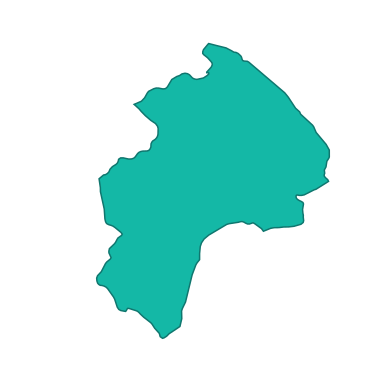 outline of Fukushima, rotated 313°
{"feature_id": "JPN-1864", "entity_name": "Fukushima", "entity_type": "Prefecture", "adm_level": 1, "iso_a3": "JPN", "parent_name": "Japan", "parent_adm1": "", "projection": "robinson", "projection_center": [140.15, 37.378], "detail": "fine", "context": "isolated", "style": "filled", "palette": "teal", "viewbox_px": 384, "rotation_deg": 313, "n_neighbors": 0, "source": "natural_earth", "source_scale": "10m", "svg_char_len": 2959}
<svg xmlns="http://www.w3.org/2000/svg" viewBox="0 0 384 384"><g transform="rotate(313 192 192)"><path d="M311.9,102.9L312.0,103.0L315.7,109.8L320.6,118.6L322.3,124.7L322.8,127.2L324.1,129.0L324.8,131.3L324.8,134.8L324.4,136.2L323.0,138.5L322.8,139.6L323.3,140.8L325.3,143.3L325.7,145.0L327.8,192.2L327.0,197.8L323.9,210.6L324.0,216.1L323.0,218.4L323.1,234.6L322.7,236.5L320.2,242.2L318.3,257.6L316.3,263.8L311.3,268.5L310.1,269.0L306.4,269.7L301.7,272.9L298.3,273.8L296.2,276.3L295.0,276.8L293.9,277.7L293.5,279.7L293.6,282.8L292.9,284.6L278.5,280.8L277.0,279.9L266.4,276.0L264.2,274.4L262.6,272.7L261.9,271.4L260.9,270.6L260.0,270.8L258.8,272.2L258.5,273.9L258.8,275.8L259.6,278.3L260.0,280.3L259.3,281.7L254.6,284.8L252.1,287.6L250.9,289.3L249.5,290.5L247.2,293.2L245.5,294.1L242.7,293.7L236.5,290.0L232.4,286.5L228.9,282.9L225.2,279.8L221.9,276.4L219.1,274.3L212.0,271.0L212.6,267.8L211.6,259.6L211.2,257.9L211.0,257.7L210.9,257.5L210.3,257.2L207.7,255.8L206.5,254.4L205.8,252.5L205.3,250.3L204.5,248.7L203.2,247.6L201.4,246.5L194.2,240.8L192.0,239.5L171.8,233.6L165.8,232.9L161.4,233.6L157.8,235.2L152.2,239.5L147.7,243.7L143.8,244.0L141.4,244.5L131.5,248.6L107.1,262.3L100.3,264.4L97.9,265.5L92.4,270.9L85.4,274.9L72.7,271.9L69.2,271.8L66.2,271.0L64.9,270.2L64.5,267.4L66.3,264.5L66.9,257.7L68.1,253.0L68.3,251.0L67.5,242.1L67.5,237.8L67.7,235.4L67.6,233.5L67.0,231.9L64.0,225.6L63.2,224.4L61.8,224.4L60.7,224.8L59.4,224.9L58.6,223.7L56.7,220.7L56.2,218.5L56.8,215.9L60.9,208.5L61.7,206.2L63.8,196.1L63.8,193.9L63.2,191.8L62.3,190.0L61.1,188.4L60.8,186.7L61.0,185.1L62.1,183.1L64.0,181.0L66.4,180.0L71.9,180.0L80.8,177.5L83.0,177.4L87.3,178.0L88.8,177.6L90.8,172.8L92.1,171.5L94.3,170.2L101.2,170.6L103.1,170.4L106.3,169.5L108.1,169.2L112.2,170.1L113.6,169.7L114.0,167.6L113.5,159.8L113.1,157.3L112.3,155.3L111.5,153.8L111.1,152.7L110.7,151.0L111.3,149.1L112.9,146.7L119.7,139.4L129.8,124.8L132.7,122.0L138.3,115.0L144.1,115.7L145.7,116.9L147.8,117.5L150.1,117.5L152.8,116.5L156.3,116.5L160.4,117.6L162.1,117.7L164.1,117.1L165.9,116.0L168.2,116.5L170.1,118.5L172.9,123.2L174.9,125.2L176.5,126.1L177.8,126.5L179.0,126.5L183.1,126.0L184.9,126.2L186.6,126.9L188.2,128.0L191.4,131.2L192.9,132.0L194.7,132.0L196.8,131.3L199.3,129.2L201.1,128.6L202.7,128.5L204.1,128.9L205.5,129.2L207.1,129.2L208.7,128.9L209.9,128.4L211.1,127.7L215.4,123.9L216.6,121.9L217.2,118.6L216.3,113.1L216.0,105.9L216.3,99.9L216.7,96.6L216.6,89.9L223.9,93.1L228.6,93.1L233.9,91.8L236.0,91.6L241.5,93.6L243.6,94.9L245.2,96.7L247.6,100.5L249.4,102.0L250.9,102.3L252.2,102.3L260.5,100.5L266.1,102.1L268.7,103.5L271.5,104.1L274.1,105.9L275.5,108.1L276.0,110.3L275.7,114.4L276.0,115.8L276.6,117.2L277.7,118.8L283.2,122.6L287.7,123.7L289.8,123.7L290.6,122.8L289.3,121.4L289.7,121.0L296.4,120.9L298.8,120.1L300.0,118.7L300.4,116.8L300.8,111.9L300.7,110.3L300.4,106.8L300.7,105.3L302.1,104.1L304.0,103.3L311.0,102.9L311.9,102.9Z" fill="#14b8a6" stroke="#0f766e" stroke-width="1.5"/></g></svg>